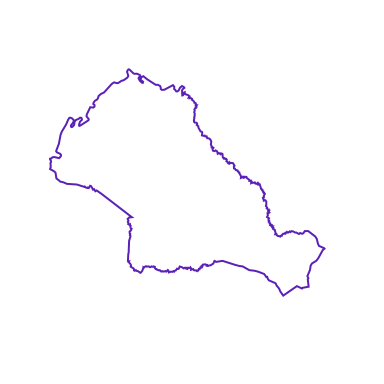 Phra Yuen, Khon Kaen, Thailand, rotated 202°
{"feature_id": "78962969B90027256555500", "entity_name": "Phra Yuen", "entity_type": "district", "adm_level": 2, "iso_a3": "THA", "parent_name": "Thailand", "parent_adm1": "Khon Kaen", "projection": "natural_earth1", "projection_center": [102.644, 16.31], "detail": "fine", "context": "isolated", "style": "outline", "palette": "violet", "viewbox_px": 384, "rotation_deg": 202, "n_neighbors": 0, "source": "geoboundaries", "source_scale": "gbopen_adm2", "svg_char_len": 6095}
<svg xmlns="http://www.w3.org/2000/svg" viewBox="0 0 384 384"><g transform="rotate(202 192 192)"><path d="M48.4,147.9L52.0,154.5L51.8,155.7L53.5,157.2L53.4,163.9L54.4,168.2L54.0,170.7L51.1,174.6L50.7,175.7L50.1,178.0L49.0,187.2L47.9,189.1L48.3,189.4L54.1,189.6L55.8,191.2L58.7,195.2L61.0,196.9L69.6,199.3L72.7,198.1L73.4,195.4L74.2,194.5L76.4,194.5L76.8,193.4L77.4,193.1L80.1,193.5L81.4,193.0L82.8,193.3L84.9,193.1L85.7,191.7L86.6,192.1L87.8,190.2L89.1,190.6L89.4,189.8L90.1,189.2L89.7,188.6L90.0,188.1L91.8,187.5L92.4,186.2L92.3,185.1L93.0,184.8L93.4,184.0L93.6,184.2L93.9,183.8L96.4,183.4L97.3,183.8L98.0,184.7L99.0,184.1L99.1,185.2L101.1,187.9L102.6,187.9L103.0,189.0L103.5,188.7L104.1,189.2L104.1,190.1L104.7,189.5L105.8,190.2L105.4,190.9L105.5,191.3L106.4,191.5L107.1,191.0L107.1,191.4L108.1,191.8L108.1,192.3L108.7,192.5L108.8,193.0L109.7,193.1L109.8,194.4L110.4,194.4L111.0,195.8L110.8,196.5L113.1,196.9L112.9,198.7L113.9,200.4L113.4,200.5L112.9,201.4L113.4,201.3L114.2,202.7L113.4,203.2L113.4,203.7L114.1,203.5L114.3,204.2L114.7,203.9L115.9,204.8L116.5,204.8L116.5,205.7L118.1,206.6L118.4,207.1L118.2,207.7L119.6,211.1L120.9,211.8L122.2,210.9L122.7,212.1L123.3,212.2L124.1,213.2L123.4,214.3L124.0,215.3L123.7,217.5L124.7,218.3L125.1,217.9L125.5,218.1L125.5,218.5L126.2,218.8L126.3,219.4L127.5,219.7L127.7,220.6L128.9,220.6L132.0,224.4L132.5,224.1L133.0,224.5L133.1,223.8L133.8,223.5L134.3,223.9L134.2,224.5L134.5,224.9L135.0,223.9L135.5,223.7L136.7,223.6L137.0,224.4L137.4,224.4L138.9,223.3L139.8,223.6L139.8,223.1L140.5,222.3L141.4,224.6L143.0,223.8L143.3,224.7L146.7,225.6L147.2,226.4L149.3,225.7L149.0,224.9L149.5,224.5L150.1,225.4L151.2,225.0L151.0,224.4L151.9,223.4L152.2,224.6L154.0,226.3L155.0,226.9L155.4,227.8L156.1,227.7L156.7,228.4L157.4,228.3L158.0,229.1L159.7,228.8L160.9,229.7L161.9,229.6L162.8,231.4L162.4,232.3L164.8,234.1L167.2,233.5L167.5,232.9L168.2,233.3L168.1,232.2L169.0,232.1L169.7,232.4L170.0,233.0L171.6,233.4L171.7,234.8L172.7,235.5L173.3,235.1L174.3,235.6L174.8,234.9L175.6,235.5L176.3,235.5L178.1,238.8L179.6,238.7L179.7,237.7L181.7,238.2L182.5,237.1L183.9,239.1L185.7,239.4L186.4,238.3L188.1,238.2L189.1,239.6L188.7,241.0L190.1,241.3L190.6,240.9L191.3,242.3L192.2,242.9L193.1,246.2L195.1,247.8L196.1,248.0L198.1,247.6L199.3,249.1L200.5,248.5L201.3,249.1L201.9,248.5L204.0,248.2L204.6,250.6L205.3,251.5L206.8,251.4L210.1,254.0L210.9,255.4L212.7,255.9L212.6,256.8L213.1,257.6L213.9,257.9L215.5,257.4L216.5,257.9L216.8,259.0L217.2,259.3L217.5,261.6L218.0,262.1L218.0,263.7L218.5,264.3L218.6,265.4L219.9,266.9L219.9,268.4L220.7,269.4L220.4,271.1L219.8,271.4L219.6,272.1L219.7,272.7L220.6,273.1L220.1,274.4L221.3,274.3L221.3,275.0L222.0,275.8L223.2,275.6L223.6,276.3L225.2,277.2L226.7,277.5L226.9,278.4L228.8,278.7L229.4,278.1L229.8,279.1L230.4,278.6L230.3,279.9L232.3,280.4L235.2,280.1L236.1,281.8L236.7,281.1L236.6,278.3L237.2,277.9L239.2,282.2L239.2,283.8L238.1,285.7L239.0,286.3L241.0,286.5L242.2,284.2L242.4,281.0L243.5,279.6L244.4,279.4L245.8,280.4L247.1,280.8L247.9,283.0L249.7,283.9L256.0,276.4L258.4,275.4L259.5,275.8L260.6,277.8L261.3,278.3L263.8,278.6L265.9,277.8L275.7,279.7L280.5,281.1L281.6,279.9L282.1,277.9L281.4,276.7L278.6,275.9L278.5,274.8L279.4,274.6L282.2,275.7L284.1,277.3L284.2,278.3L283.1,280.0L284.1,280.9L287.2,281.1L289.5,280.1L290.6,280.0L295.8,282.1L296.7,282.0L297.2,281.1L297.3,279.2L294.5,275.7L294.8,273.8L297.2,270.1L299.1,268.6L301.1,265.6L302.3,264.8L305.1,264.5L305.8,263.8L306.9,262.1L310.8,251.4L313.3,248.6L314.6,245.9L314.3,243.8L314.6,242.3L316.3,240.0L316.7,237.9L316.5,236.6L314.9,236.1L314.4,234.6L315.2,233.3L318.1,232.5L318.6,224.4L318.1,222.6L315.2,221.0L314.8,220.3L315.0,219.5L320.5,211.7L321.2,211.1L321.9,211.8L322.2,215.1L321.1,217.8L322.3,219.3L323.6,219.0L324.7,217.1L326.6,215.3L327.2,213.2L326.4,210.0L327.2,207.7L327.9,207.1L328.6,207.2L329.2,208.4L328.1,212.3L328.5,214.3L330.7,215.3L332.4,215.4L333.4,214.9L333.9,212.9L334.0,207.5L335.3,199.3L335.3,195.9L333.5,186.9L333.3,179.0L332.3,178.2L328.4,178.0L327.3,177.2L327.0,176.0L327.9,173.6L332.9,172.8L334.3,171.9L335.3,170.1L336.1,169.7L335.8,169.0L334.6,168.2L333.9,167.1L334.1,165.9L332.3,162.2L332.2,160.1L327.5,159.5L325.8,158.8L322.8,153.8L317.9,152.3L315.0,152.8L311.0,152.7L301.6,155.8L293.7,156.4L293.5,156.9L291.8,156.3L290.4,156.6L290.3,157.1L289.2,157.0L288.8,159.6L287.7,159.6L284.6,157.1L283.9,158.0L281.9,156.5L281.0,157.7L275.6,156.5L238.3,146.1L240.7,144.8L241.6,142.9L240.1,141.5L240.3,140.2L238.9,139.1L239.1,138.4L237.4,138.0L237.2,138.4L236.9,137.7L236.3,137.7L236.0,136.6L235.2,135.4L234.2,135.2L234.3,133.2L235.0,132.2L235.0,131.7L234.1,130.1L233.5,130.0L233.4,128.6L232.5,128.1L232.0,123.1L227.9,111.7L227.9,110.8L225.6,104.1L225.0,103.5L224.4,104.0L224.4,103.3L221.7,101.9L220.9,100.8L220.9,99.8L217.3,99.2L216.4,97.6L215.7,97.5L214.9,98.4L214.7,98.1L212.0,98.3L209.6,97.7L209.2,98.2L208.6,100.2L208.6,102.7L208.9,103.9L208.3,103.7L208.1,104.6L206.8,106.0L206.1,105.8L204.3,106.8L203.1,106.5L202.2,106.9L201.8,107.8L200.2,108.0L199.8,108.6L198.4,108.7L198.1,107.7L196.8,107.0L196.0,107.3L195.6,106.9L193.2,106.9L192.6,107.5L190.8,106.7L190.0,107.5L189.1,107.3L188.1,108.1L187.4,108.1L186.8,108.8L186.0,108.6L185.2,110.6L184.6,110.4L183.3,108.8L181.7,110.3L180.3,110.6L179.7,111.6L178.8,111.4L178.5,112.5L177.6,113.3L177.2,115.3L176.0,115.4L175.5,116.0L175.5,118.3L173.4,118.5L171.0,118.1L170.5,118.9L169.1,119.6L168.6,119.4L168.5,118.8L167.4,118.9L167.3,120.3L165.3,120.8L165.2,121.5L163.9,120.6L163.7,119.6L162.0,121.0L160.8,120.2L158.6,120.8L157.9,120.6L157.9,121.2L156.9,121.3L156.6,122.6L156.8,123.2L156.0,123.4L156.0,125.2L154.7,125.5L154.5,126.5L155.3,126.9L154.6,127.7L154.9,128.3L154.7,128.8L152.3,130.0L151.5,129.6L150.9,129.9L150.8,129.1L149.5,129.3L149.2,129.9L147.3,131.0L145.4,133.7L145.4,136.3L145.2,136.6L143.5,136.2L137.9,139.6L124.7,140.6L119.9,141.2L117.3,142.0L109.6,141.0L104.6,142.4L100.8,142.9L94.3,143.0L91.3,141.0L90.5,141.5L89.2,139.9L87.6,138.9L80.4,138.7L78.4,136.9L75.1,135.1L72.9,132.9L68.6,130.1L59.5,144.0L53.9,143.7L53.7,144.5L48.4,147.9Z" fill="none" stroke="#5b21b6" stroke-width="2"/></g></svg>